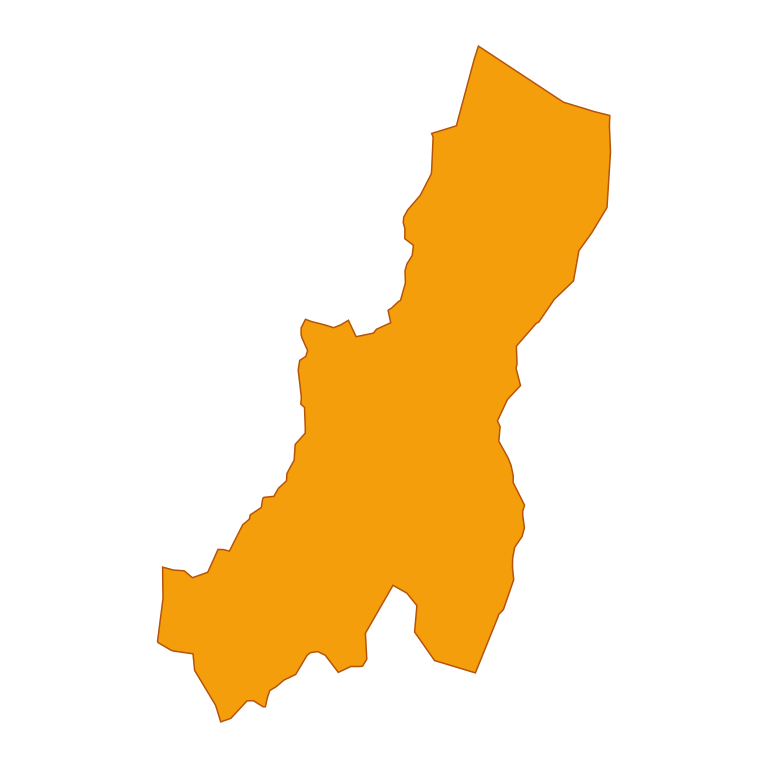 Iseyin, Oyo, Nigeria
{"feature_id": "59680162B71074793306885", "entity_name": "Iseyin", "entity_type": "district", "adm_level": 2, "iso_a3": "NGA", "parent_name": "Nigeria", "parent_adm1": "Oyo", "projection": "robinson", "projection_center": [3.548, 8.023], "detail": "fine", "context": "isolated", "style": "filled", "palette": "amber", "viewbox_px": 768, "rotation_deg": 0, "n_neighbors": 0, "source": "geoboundaries", "source_scale": "gbopen_adm2", "svg_char_len": 1978}
<svg xmlns="http://www.w3.org/2000/svg" viewBox="0 0 768 768"><path d="M163.0,598.5L157.5,641.6L158.2,642.7L171.0,650.2L173.3,651.0L193.0,653.8L194.6,670.4L215.5,705.1L216.6,708.4L220.7,721.9L230.8,718.4L247.0,700.9L253.3,700.7L263.1,706.8L265.4,706.8L267.3,698.0L269.8,690.5L276.3,686.6L283.2,680.7L284.1,680.0L295.7,674.4L307.1,655.3L310.5,652.6L317.8,651.6L325.3,655.3L338.3,672.4L350.8,666.5L360.2,666.5L362.6,666.1L366.8,659.2L365.4,633.3L393.0,585.3L406.9,593.2L416.9,605.6L414.6,632.0L434.6,660.6L475.4,672.9L498.1,616.6L498.6,614.6L503.4,609.6L513.6,580.0L513.7,579.3L512.5,567.8L512.5,563.9L512.7,557.9L514.7,547.3L522.1,536.4L524.4,527.8L522.7,514.9L522.8,510.8L524.6,505.3L513.2,482.6L513.2,475.5L511.0,465.2L508.0,457.8L498.8,441.2L500.1,426.7L497.5,420.9L497.5,420.7L507.4,399.6L520.5,385.5L516.1,368.5L516.2,367.5L517.0,364.2L516.4,346.1L536.1,323.5L538.9,321.9L554.3,299.3L573.5,280.9L578.9,250.7L591.7,232.9L607.0,207.5L610.5,151.8L609.4,126.3L609.8,115.5L594.3,111.6L563.4,102.2L478.4,46.1L474.3,58.9L459.2,115.1L456.4,125.8L431.7,133.4L433.1,137.4L431.7,169.0L431.3,173.9L420.2,195.4L407.7,209.9L403.8,217.0L403.2,222.6L404.9,228.7L404.8,238.7L413.4,245.3L412.2,255.5L407.0,263.8L405.0,270.8L405.4,283.0L400.5,300.4L398.6,301.4L391.5,308.1L388.1,310.3L390.7,322.7L376.4,329.3L373.4,333.1L356.1,336.7L348.4,320.3L340.7,324.9L333.6,327.7L325.7,325.2L319.8,323.6L311.9,321.7L305.5,319.3L305.4,319.4L301.1,328.0L301.1,334.6L301.9,337.7L307.6,350.6L305.8,356.4L299.7,360.4L298.2,370.2L301.2,395.7L301.3,398.6L300.8,404.1L302.6,405.7L304.5,407.4L305.3,428.5L305.2,433.1L304.8,433.6L295.2,444.4L294.4,456.2L294.2,460.2L290.6,466.5L286.9,473.7L286.5,480.8L278.6,488.1L275.3,493.7L274.0,496.3L264.5,497.3L263.4,497.6L263.0,498.2L262.4,500.4L261.3,507.5L250.2,514.9L249.3,519.2L242.7,524.8L229.4,551.1L223.6,549.6L218.0,549.4L212.4,562.0L207.7,572.3L192.4,577.7L184.2,570.8L173.2,570.0L162.6,567.1L163.0,598.5Z" fill="#f59e0b" stroke="#b45309" stroke-width="1.5"/></svg>